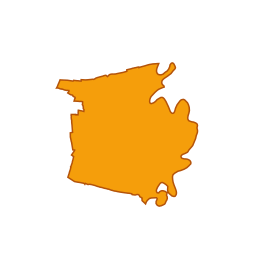 Golaiesti, Iasi, Romania (Albers equal-area conic projection), rotated 46°
{"feature_id": "2599482B7139322777344", "entity_name": "Golaiesti", "entity_type": "district", "adm_level": 2, "iso_a3": "ROU", "parent_name": "Romania", "parent_adm1": "Iasi", "projection": "albers", "projection_center": [27.678, 47.265], "detail": "fine", "context": "isolated", "style": "filled", "palette": "amber", "viewbox_px": 256, "rotation_deg": 46, "n_neighbors": 0, "source": "geoboundaries", "source_scale": "gbopen_adm2", "svg_char_len": 5676}
<svg xmlns="http://www.w3.org/2000/svg" viewBox="0 0 256 256"><g transform="rotate(46 128 128)"><path d="M194.8,168.1L194.7,167.9L193.9,166.2L193.5,164.3L193.6,161.5L194.5,159.9L197.9,156.0L198.9,156.0L199.4,156.4L200.4,158.8L201.9,160.3L203.8,160.6L204.9,160.3L205.9,159.8L207.0,158.1L207.7,156.2L208.2,154.5L207.9,153.3L207.1,151.5L206.8,150.2L206.0,148.7L204.7,147.6L203.3,147.1L202.8,146.6L201.9,145.1L201.2,145.0L199.7,145.2L197.9,146.1L196.7,147.1L196.0,148.5L195.8,149.7L196.0,151.0L195.4,151.6L194.7,152.0L193.7,151.7L192.8,151.2L192.0,150.0L191.0,147.5L190.5,145.0L190.2,143.7L190.2,142.7L190.5,141.9L191.0,141.2L192.3,140.6L194.9,140.0L197.6,139.9L200.2,142.7L201.8,143.7L203.5,143.9L207.4,143.6L209.2,142.5L209.8,141.6L209.6,140.3L209.1,139.1L208.2,138.1L207.0,137.2L205.0,136.2L200.7,134.4L198.1,133.1L196.1,131.7L194.0,129.9L192.9,128.2L192.9,126.0L193.8,122.1L195.2,119.6L196.6,116.3L197.4,113.3L197.5,110.3L197.4,108.9L197.4,107.8L196.8,107.0L195.9,106.4L194.5,106.1L193.3,106.3L192.0,106.8L190.8,107.6L189.3,109.0L187.3,110.2L186.3,110.2L185.4,109.8L185.0,109.2L184.8,108.2L185.0,106.9L185.9,104.8L186.5,102.9L186.7,102.1L186.7,101.5L186.1,99.3L185.6,93.7L182.6,86.8L180.9,84.2L179.7,81.7L179.2,80.9L178.4,80.0L177.5,79.3L176.4,78.7L175.7,78.1L174.5,76.3L173.5,75.7L172.6,75.5L171.2,75.9L169.3,76.7L167.9,77.8L166.2,78.7L164.9,79.2L163.4,78.9L162.2,78.0L160.9,76.3L159.6,73.9L158.1,71.7L155.6,69.6L153.3,68.4L151.2,67.7L149.5,67.7L147.4,67.7L146.1,68.1L145.3,69.1L144.7,70.2L144.6,71.7L145.4,76.6L146.8,80.1L148.1,82.2L148.9,84.0L148.9,85.0L148.5,85.7L147.7,86.2L146.6,86.3L145.2,86.0L140.9,84.2L135.3,82.3L132.4,81.7L130.9,81.7L129.8,82.1L128.9,83.0L128.4,84.7L127.8,87.4L128.0,89.7L127.7,92.0L126.9,93.8L126.5,94.5L125.7,94.8L124.8,94.6L124.0,94.1L122.8,92.7L122.0,91.2L121.4,89.5L121.1,83.9L121.2,80.8L121.5,79.0L122.1,77.3L123.2,74.5L123.7,73.7L123.1,73.1L122.3,72.9L121.1,73.1L119.6,72.8L118.5,71.9L117.6,70.6L117.4,68.9L117.5,67.3L118.2,63.3L118.7,59.2L118.2,55.9L118.1,53.3L117.7,52.1L116.9,51.6L115.7,51.1L113.7,50.5L112.4,50.6L111.8,51.1L111.5,52.1L111.8,53.9L112.9,55.5L113.9,57.9L114.2,60.5L113.8,62.3L113.6,65.5L112.7,67.3L111.7,68.3L110.5,69.0L109.3,69.1L107.8,68.6L106.8,67.9L105.6,66.5L104.7,64.9L103.0,61.1L102.6,61.5L100.4,64.2L99.7,65.0L99.1,65.7L98.1,67.2L97.2,68.5L96.3,70.1L96.1,70.5L95.0,72.7L94.1,74.3L92.9,76.5L92.4,77.6L92.2,78.2L91.6,77.9L90.8,79.0L90.1,80.3L89.4,81.3L88.8,82.4L88.5,82.7L87.4,84.9L86.6,86.2L85.3,88.4L86.4,89.5L84.6,92.9L82.8,95.7L81.2,98.2L81.0,98.6L80.3,99.7L80.0,100.0L79.3,100.8L78.7,101.4L78.1,102.0L77.5,102.8L77.1,103.5L76.8,104.2L76.7,105.1L76.7,106.0L76.8,107.0L75.8,107.2L75.1,107.2L74.7,107.3L74.2,108.0L73.6,109.1L73.1,110.3L72.6,111.1L71.6,112.9L70.4,115.1L69.7,116.7L69.7,117.2L69.6,117.6L69.4,118.4L69.4,118.6L68.9,119.2L68.6,119.3L66.9,121.5L64.9,124.0L63.6,125.5L63.1,125.9L62.7,126.3L61.9,127.0L60.7,128.1L61.7,129.1L61.1,129.7L59.1,131.3L58.3,132.1L57.3,132.9L57.0,133.2L56.6,133.5L56.0,133.9L56.1,134.3L56.1,134.8L56.0,135.0L54.2,136.4L51.7,138.3L46.4,143.3L46.2,143.4L47.6,146.6L48.1,147.9L49.0,149.8L49.6,151.6L49.9,151.2L50.8,150.5L51.2,150.2L51.4,150.1L52.3,149.8L53.0,149.4L53.7,149.0L53.8,148.8L53.8,148.6L54.3,148.3L55.1,147.9L56.7,147.2L56.9,147.0L57.2,146.8L58.2,146.1L58.5,145.8L59.0,145.3L59.5,144.9L59.8,144.7L60.0,144.5L60.5,144.9L60.6,145.1L60.7,145.4L60.8,146.2L60.8,146.6L60.9,147.0L64.1,146.2L64.5,145.9L65.0,145.6L65.9,145.1L66.3,145.1L67.0,145.5L69.2,144.8L69.9,145.4L69.9,145.5L70.0,146.1L71.2,148.1L71.9,147.4L74.5,145.0L75.1,144.6L75.7,143.9L76.3,143.3L77.5,142.4L77.7,142.5L78.6,143.5L79.1,144.0L79.3,144.2L79.4,144.6L79.6,144.7L80.0,144.7L80.6,144.8L81.1,145.1L81.5,145.5L81.9,145.6L82.2,145.9L82.5,146.3L83.0,146.7L83.2,146.8L84.0,146.8L84.4,147.0L85.1,148.0L85.4,148.3L84.9,148.6L83.4,149.5L82.9,149.9L82.1,150.4L80.7,151.4L80.9,151.7L81.2,152.0L81.5,152.3L81.9,152.6L82.3,153.2L83.0,153.8L83.4,154.3L83.8,154.9L81.8,156.3L82.1,156.5L81.7,156.7L81.5,156.8L80.4,157.8L80.0,158.1L79.4,158.9L78.8,159.4L79.1,159.8L79.2,159.7L79.4,160.0L79.6,160.2L80.1,160.5L80.7,161.3L81.6,162.0L82.1,162.5L83.1,163.0L83.8,163.6L84.2,163.9L84.4,164.2L84.5,164.3L84.8,164.5L85.0,164.7L85.9,165.4L86.4,165.8L86.6,165.9L92.6,170.9L91.4,172.9L93.9,175.2L94.4,175.7L95.5,176.4L96.0,176.7L98.2,178.1L99.2,178.6L105.4,182.9L106.0,182.3L106.8,181.7L107.1,182.1L107.5,184.0L108.0,186.4L108.2,187.4L108.9,187.3L109.3,187.1L109.9,187.1L110.2,187.2L110.8,187.0L112.7,189.8L112.9,190.3L113.8,191.7L114.5,192.6L114.8,193.4L116.0,195.7L116.1,196.3L116.7,196.5L116.9,197.0L117.1,197.3L117.3,197.5L117.5,197.8L117.7,198.1L117.9,198.5L118.5,199.7L119.0,200.7L119.3,201.2L119.6,201.4L119.9,202.1L120.7,203.7L121.1,204.3L121.3,204.8L121.7,205.5L126.3,204.4L129.3,203.7L131.5,202.2L134.0,200.3L136.2,198.8L136.5,198.5L137.9,198.0L138.5,198.1L138.2,197.2L139.1,196.8L140.8,196.1L141.0,195.9L141.4,195.2L141.8,194.7L142.0,194.6L142.4,194.2L142.7,194.1L142.8,194.0L142.8,193.9L146.9,191.4L147.3,191.3L147.7,191.1L149.2,190.3L149.9,189.8L150.7,189.5L151.8,188.7L152.8,188.0L154.5,187.1L155.3,186.6L156.1,186.0L157.6,185.1L157.9,185.0L158.4,184.5L159.2,184.1L160.3,183.6L161.1,183.2L162.2,182.5L163.0,182.1L164.4,181.2L164.6,181.0L164.8,180.8L167.1,179.3L167.4,179.0L168.2,178.5L172.1,175.5L175.0,173.2L175.3,172.9L175.6,172.6L177.9,171.0L178.4,171.1L178.6,171.3L178.8,171.3L179.7,170.6L180.7,169.8L181.2,169.3L181.5,168.9L181.9,168.0L182.1,167.7L182.9,167.0L183.3,166.8L183.7,166.7L184.0,166.7L184.9,166.9L185.4,167.1L186.0,167.2L186.6,166.9L186.9,166.8L187.4,166.8L188.0,166.8L188.2,166.6L189.3,167.7L190.0,168.3L190.6,168.3L192.1,168.2L194.8,168.1Z" fill="#f59e0b" stroke="#b45309" stroke-width="1.5"/></g></svg>